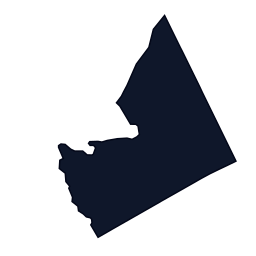 outline of Cecil, United States of America, rotated 64°
{"feature_id": "52423323B74434071620295", "entity_name": "Cecil", "entity_type": "district", "adm_level": 2, "iso_a3": "USA", "parent_name": "United States of America", "parent_adm1": "", "projection": "natural_earth1", "projection_center": [-75.942, 39.542], "detail": "fine", "context": "isolated", "style": "filled", "palette": "ink", "viewbox_px": 256, "rotation_deg": 64, "n_neighbors": 0, "source": "geoboundaries", "source_scale": "gbopen_adm2", "svg_char_len": 1180}
<svg xmlns="http://www.w3.org/2000/svg" viewBox="0 0 256 256"><g transform="rotate(64 128 128)"><path d="M205.1,45.5L201.0,45.5L197.2,45.5L196.5,45.5L128.4,45.6L123.1,45.5L117.8,45.5L82.8,45.6L78.5,45.7L42.9,45.8L50.4,61.9L64.7,73.9L74.2,92.4L89.3,110.2L93.5,116.0L96.6,120.0L100.3,127.3L104.7,125.7L104.8,125.7L110.9,125.2L116.9,124.7L125.7,124.0L127.9,119.7L128.1,119.3L130.7,118.1L135.1,119.5L138.8,120.6L139.9,124.1L139.9,124.8L140.0,129.3L136.7,133.3L133.0,142.2L130.1,152.1L129.2,157.6L126.9,160.8L123.5,168.4L124.5,170.2L127.0,169.7L128.6,166.5L131.6,165.8L136.5,170.8L136.5,171.8L136.5,172.2L134.3,176.5L128.9,178.8L125.4,186.0L121.9,188.8L115.2,191.7L113.0,195.3L113.4,198.1L115.0,198.9L127.0,199.5L127.1,203.4L134.3,207.5L141.1,204.2L149.0,207.3L154.8,205.9L156.2,207.6L165.9,208.2L169.6,210.5L176.3,207.3L180.8,208.8L185.5,205.9L189.6,204.4L192.3,201.1L194.1,200.7L197.4,201.9L198.8,203.9L213.1,202.8L211.9,185.3L210.0,155.7L208.4,131.1L208.3,130.7L208.3,130.3L207.9,123.9L206.2,96.2L205.9,91.4L205.6,87.2L205.4,84.0L205.2,79.2L205.0,74.6L205.0,68.7L205.0,64.3L205.0,63.7L205.1,55.5L205.1,55.3L205.1,45.5Z" fill="#0f172a" stroke="#020617" stroke-width="1.5"/></g></svg>